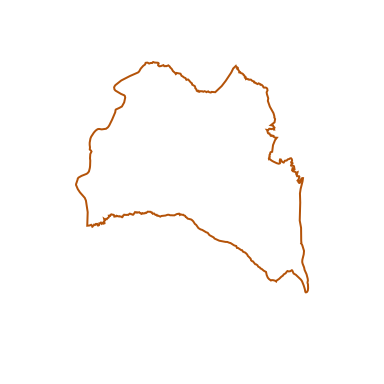 Guamo, Tolima, Colombia (orthographic projection), rotated 157°
{"feature_id": "7082276B63665332142634", "entity_name": "Guamo", "entity_type": "district", "adm_level": 2, "iso_a3": "COL", "parent_name": "Colombia", "parent_adm1": "Tolima", "projection": "orthographic", "projection_center": [-74.99, 4.102], "detail": "fine", "context": "isolated", "style": "outline", "palette": "amber", "viewbox_px": 384, "rotation_deg": 157, "n_neighbors": 0, "source": "geoboundaries", "source_scale": "gbopen_adm2", "svg_char_len": 5979}
<svg xmlns="http://www.w3.org/2000/svg" viewBox="0 0 384 384"><g transform="rotate(157 192 192)"><path d="M269.5,271.0L268.8,269.6L268.7,268.5L270.8,266.7L272.7,262.9L273.4,260.6L275.6,255.9L276.6,254.1L278.9,251.1L280.9,250.1L282.1,249.9L287.4,250.0L290.8,249.6L291.9,249.0L292.3,248.3L295.6,244.6L296.0,243.8L296.0,239.2L295.3,235.5L293.0,228.5L293.0,225.5L295.9,214.2L301.6,201.9L299.7,201.3L298.3,201.1L297.7,201.2L297.3,200.2L297.3,199.0L296.8,199.1L296.3,199.8L295.3,199.7L294.8,200.2L294.0,199.6L293.1,200.1L292.7,199.7L292.3,199.9L291.8,199.7L291.8,198.0L291.5,197.8L290.6,197.8L289.5,199.4L288.8,199.0L287.8,199.4L287.5,198.0L286.4,198.4L286.0,197.5L285.0,197.4L285.1,198.1L284.5,198.4L284.7,199.1L283.7,199.8L283.4,201.6L282.6,200.2L281.7,200.8L281.0,200.3L279.9,201.0L279.0,201.0L278.0,201.7L277.8,202.6L276.7,202.0L275.9,202.9L274.9,202.9L274.5,202.3L273.7,202.1L272.9,201.3L273.1,199.7L271.5,199.3L271.2,199.7L270.8,199.7L270.3,199.0L269.9,199.0L268.7,197.9L268.1,198.0L267.4,197.3L266.8,197.1L266.2,196.1L265.7,196.2L264.4,197.3L263.7,197.3L263.3,197.6L261.6,196.6L260.4,196.3L259.8,195.8L257.8,196.4L257.0,195.8L256.7,195.3L256.1,195.1L255.7,194.4L254.9,194.1L252.3,195.7L252.1,195.4L251.5,195.3L251.3,194.8L250.5,194.8L250.2,194.3L248.5,194.0L248.3,193.3L247.3,192.5L247.2,191.6L246.0,191.5L245.7,191.8L244.9,191.1L244.2,191.1L243.8,190.8L243.0,191.1L242.3,190.6L240.5,191.2L237.8,189.9L237.6,189.3L236.9,188.8L237.0,188.1L236.6,187.7L236.6,187.3L235.4,187.1L234.6,185.2L233.4,184.8L233.3,183.7L232.5,183.5L230.8,181.7L229.6,181.9L225.6,180.7L223.5,180.6L222.2,180.1L221.3,179.2L217.4,177.4L214.7,177.6L213.0,177.3L212.3,177.0L212.4,176.6L211.9,176.3L212.0,175.6L211.0,175.7L209.8,174.7L209.0,174.5L208.6,173.7L207.7,172.8L207.5,171.3L207.0,170.9L206.4,169.2L203.6,167.1L203.0,166.2L202.3,164.5L201.8,161.5L201.0,160.1L200.2,156.3L198.8,154.3L197.4,153.1L194.7,149.4L193.5,148.3L192.8,145.5L189.8,141.7L189.5,140.4L185.9,136.5L180.7,133.0L179.0,132.2L177.4,130.6L176.5,130.0L173.9,126.2L172.4,125.0L172.5,123.0L171.5,122.5L169.4,119.3L168.6,118.8L168.4,117.2L166.6,115.3L165.6,112.9L165.6,111.5L164.1,107.8L164.3,106.1L163.8,105.0L163.0,104.3L162.0,100.8L161.2,100.3L160.4,99.0L160.2,97.4L159.0,95.9L158.8,94.8L158.0,94.1L156.7,91.5L155.1,89.5L155.7,86.4L155.7,83.5L155.1,81.7L153.9,79.7L153.3,79.8L152.0,79.3L150.3,78.0L149.5,76.8L149.1,77.3L145.7,78.0L142.9,79.1L141.0,79.5L139.8,80.3L137.6,80.6L135.6,81.8L134.9,81.9L134.2,81.2L132.7,80.7L130.7,81.0L130.4,80.7L130.3,77.2L128.8,75.3L126.0,68.8L125.6,66.9L125.7,62.3L126.1,58.5L126.7,55.8L126.4,55.1L125.7,55.0L124.9,55.2L123.8,56.2L122.7,58.1L121.3,61.8L121.2,63.1L120.8,64.0L120.0,65.0L119.4,66.9L118.7,71.5L118.8,76.3L118.3,78.7L118.2,82.7L117.9,84.5L116.9,86.5L113.5,91.0L111.9,94.0L111.3,99.7L111.3,100.9L111.7,102.1L111.0,102.8L110.7,104.0L105.6,116.4L104.0,123.6L96.5,140.0L93.2,148.5L90.8,152.4L86.1,158.6L84.4,161.4L85.0,161.7L86.1,161.6L88.9,158.4L89.5,158.3L89.9,158.6L90.1,159.5L89.4,159.9L89.2,160.6L90.2,160.8L90.4,161.2L88.8,162.1L87.2,164.1L87.3,164.7L89.1,165.5L89.1,166.4L88.6,167.0L89.1,168.0L88.7,168.4L87.5,168.4L87.1,169.0L88.2,169.0L88.6,169.2L89.1,170.1L91.0,171.7L91.4,172.9L90.2,174.5L89.2,172.7L88.8,172.7L88.1,175.6L88.2,176.2L88.8,176.8L90.4,177.4L90.5,177.7L89.6,178.6L88.2,179.2L88.2,179.5L89.1,180.1L89.1,180.7L87.7,181.5L87.3,183.1L87.7,184.4L88.6,184.6L89.7,184.4L91.1,184.6L92.6,184.0L94.3,184.5L96.1,183.3L97.2,184.4L97.6,187.3L98.2,187.6L99.0,186.5L99.7,184.2L100.1,184.0L101.2,184.2L102.7,185.4L105.2,188.2L106.5,189.9L107.6,191.9L108.3,192.0L108.1,192.9L107.3,193.2L107.3,193.9L106.8,194.0L106.5,194.5L106.3,195.7L105.3,196.3L105.0,197.1L104.1,197.9L102.5,197.7L99.1,203.5L95.3,207.3L92.7,208.8L94.4,209.7L95.6,211.5L95.6,211.8L95.3,212.0L95.9,212.5L97.1,212.6L97.6,213.0L97.6,213.6L97.3,214.0L98.1,214.9L97.9,215.7L99.0,216.4L98.9,218.2L98.5,218.6L98.8,219.9L97.6,219.2L96.3,220.0L95.6,219.8L94.5,218.9L92.8,218.7L92.4,217.6L92.0,217.4L91.9,218.6L91.3,218.6L90.9,219.0L91.5,220.8L91.4,221.4L93.3,222.7L88.8,223.9L87.0,226.7L87.1,228.5L86.6,229.5L86.2,232.8L87.0,240.1L86.6,246.2L85.2,248.5L84.8,252.8L84.3,254.7L82.8,256.0L82.4,257.8L82.8,258.8L83.8,259.6L84.9,259.9L85.3,260.4L85.3,261.6L85.6,262.5L86.1,263.6L87.1,263.9L87.2,264.9L88.3,266.0L89.4,265.7L90.5,266.9L90.6,267.4L91.8,268.3L92.0,268.6L91.6,269.3L93.3,271.0L93.8,272.3L94.6,272.8L95.6,273.0L96.0,273.8L96.8,274.1L97.3,275.0L98.2,274.9L98.1,275.6L98.4,276.0L98.0,276.5L98.4,277.1L98.0,277.4L98.3,277.7L98.4,279.1L98.8,279.4L98.9,280.4L99.3,281.3L100.4,282.2L100.6,282.7L101.6,283.5L101.0,283.9L101.4,284.5L101.6,286.2L102.3,287.8L101.4,288.0L101.3,288.5L102.4,290.1L102.4,290.9L105.8,289.6L109.1,286.7L117.6,281.1L123.3,277.9L131.6,274.8L134.9,276.5L135.8,276.2L137.3,277.3L137.8,278.3L139.7,278.3L139.9,278.8L141.1,279.9L142.5,279.9L143.0,280.6L143.8,280.9L144.4,281.4L146.3,281.4L146.4,281.7L146.1,282.1L146.3,282.6L147.6,282.6L148.1,283.5L147.8,284.5L148.4,286.3L148.1,287.1L148.1,288.4L149.9,290.8L149.6,292.0L150.3,293.2L151.5,297.0L152.5,297.4L153.1,297.3L153.4,297.5L153.5,299.4L154.8,300.8L155.3,301.9L156.2,303.0L156.4,305.4L159.8,307.7L160.3,307.6L160.5,307.0L160.8,306.9L161.0,308.1L162.3,310.8L162.6,313.3L163.4,315.2L163.5,316.2L164.3,317.8L166.3,317.8L166.7,318.2L167.7,318.3L168.4,318.7L168.7,319.9L171.5,320.1L173.0,320.5L173.7,321.8L173.3,322.6L172.5,323.2L172.5,323.8L172.9,324.3L175.9,325.8L176.8,326.7L177.4,326.8L178.3,326.3L179.6,326.9L181.3,327.0L182.3,328.4L183.9,329.0L184.4,328.9L185.4,327.7L187.6,327.2L191.0,325.6L193.6,323.6L195.0,323.1L203.9,323.0L213.5,322.3L220.8,320.3L221.9,319.6L222.8,318.8L223.3,316.7L222.8,315.2L219.0,310.0L216.6,307.5L216.3,306.7L216.6,305.0L219.4,301.0L223.1,298.1L226.1,297.8L229.8,297.7L230.3,297.4L231.5,295.4L237.3,289.8L242.3,285.5L244.1,284.4L246.4,283.8L250.6,284.9L253.0,286.4L254.4,286.7L256.6,286.2L259.0,285.1L263.2,282.3L264.6,280.9L266.9,277.4L267.8,275.3L268.4,273.1L269.5,271.0Z" fill="none" stroke="#b45309" stroke-width="2"/></g></svg>